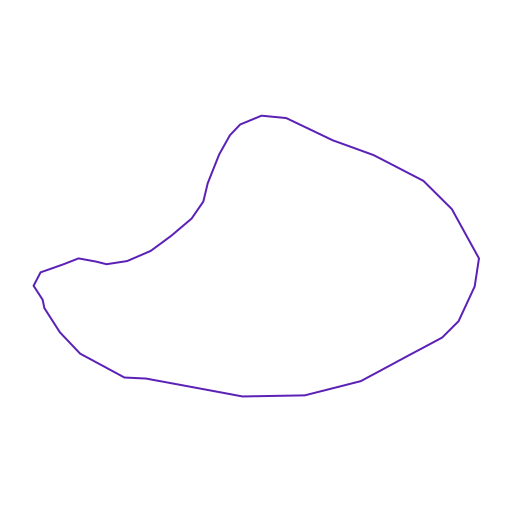 outline of Elato, Federated States of Micronesia, rotated 89°
{"feature_id": "79324940B60926087118566", "entity_name": "Elato", "entity_type": "district", "adm_level": 2, "iso_a3": "FSM", "parent_name": "Federated States of Micronesia", "parent_adm1": "", "projection": "robinson", "projection_center": [146.172, 7.511], "detail": "fine", "context": "isolated", "style": "outline", "palette": "violet", "viewbox_px": 512, "rotation_deg": 89, "n_neighbors": 0, "source": "geoboundaries", "source_scale": "gbopen_adm2", "svg_char_len": 591}
<svg xmlns="http://www.w3.org/2000/svg" viewBox="0 0 512 512"><g transform="rotate(89 256 256)"><path d="M115.8,248.0L124.2,269.5L134.7,279.9L153.7,291.0L182.4,303.0L200.6,307.7L217.4,319.7L234.3,340.4L249.0,361.1L258.8,384.9L261.6,405.6L258.8,416.0L255.3,433.5L260.9,448.6L268.6,471.7L281.9,478.9L296.0,470.1L304.4,468.5L328.9,453.4L350.6,433.5L375.2,389.7L376.6,368.2L396.2,271.9L396.2,209.8L382.9,153.3L358.3,105.6L340.8,71.3L324.7,54.6L290.3,37.9L262.3,33.1L212.5,59.4L183.8,87.3L157.2,136.6L141.7,177.2L118.6,223.4L115.8,248.0Z" fill="none" stroke="#5b21b6" stroke-width="2"/></g></svg>